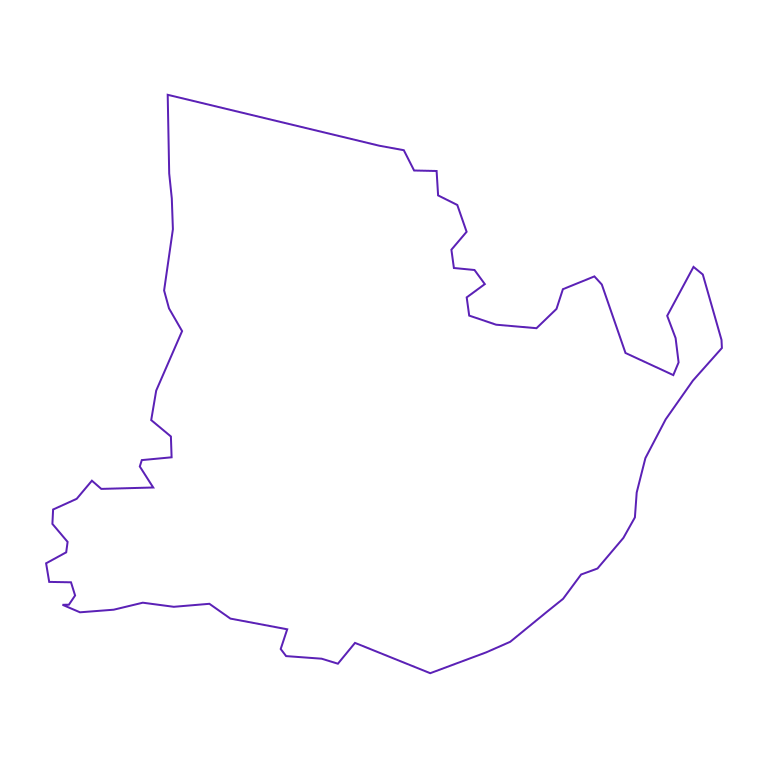 outline of Filingué, Tillabéri, Niger
{"feature_id": "23599985B22646074094064", "entity_name": "Filingué", "entity_type": "district", "adm_level": 2, "iso_a3": "NER", "parent_name": "Niger", "parent_adm1": "Tillabéri", "projection": "albers", "projection_center": [3.193, 14.311], "detail": "fine", "context": "isolated", "style": "outline", "palette": "violet", "viewbox_px": 768, "rotation_deg": 0, "n_neighbors": 0, "source": "geoboundaries", "source_scale": "gbopen_adm2", "svg_char_len": 1096}
<svg xmlns="http://www.w3.org/2000/svg" viewBox="0 0 768 768"><path d="M62.5,604.8L80.0,612.3L113.7,609.7L142.8,602.7L173.8,606.8L209.4,603.8L230.4,618.6L287.2,629.3L280.7,649.0L286.1,656.1L321.6,658.7L337.9,663.7L355.0,642.9L430.2,673.2L486.1,652.4L510.2,641.8L546.8,611.9L563.1,598.8L581.1,574.5L597.5,568.5L599.5,566.1L623.4,537.9L634.9,517.4L636.7,492.5L645.4,458.1L665.7,419.3L692.9,380.6L721.9,348.0L721.5,339.9L702.8,274.5L693.5,266.9L667.2,315.8L675.6,338.1L678.6,362.4L673.3,375.1L625.5,353.0L601.8,284.5L594.4,276.4L562.9,289.2L556.5,308.9L536.5,328.2L496.1,324.7L469.2,315.6L466.7,297.4L484.8,284.1L474.5,270.0L453.9,268.0L451.4,249.7L466.6,231.8L457.3,205.0L438.1,195.4L436.6,171.0L414.1,170.5L403.8,150.2L379.2,145.7L167.7,94.8L169.2,173.5L171.8,198.5L172.9,229.2L164.1,290.5L169.0,308.4L182.1,331.1L156.2,390.6L151.2,420.1L170.9,436.5L171.6,457.3L141.8,460.1L139.8,466.5L153.2,487.5L101.3,488.9L91.9,480.7L76.7,498.8L53.1,509.5L52.4,523.9L67.6,541.9L66.2,552.3L46.1,563.3L49.2,581.9L71.0,582.3L75.1,595.5L68.9,604.7L62.5,604.8Z" fill="none" stroke="#5b21b6" stroke-width="2"/></svg>